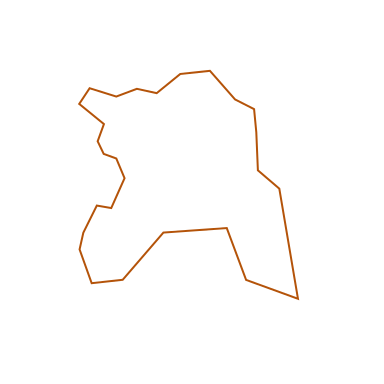 the border of Valenzuela, rotated 200°
{"feature_id": "PHL-5547", "entity_name": "Valenzuela", "entity_type": "Highly Urbanized City", "adm_level": 1, "iso_a3": "PHL", "parent_name": "Philippines", "parent_adm1": "", "projection": "natural_earth1", "projection_center": [120.998, 14.7], "detail": "fine", "context": "isolated", "style": "outline", "palette": "amber", "viewbox_px": 384, "rotation_deg": 200, "n_neighbors": 0, "source": "natural_earth", "source_scale": "10m", "svg_char_len": 498}
<svg xmlns="http://www.w3.org/2000/svg" viewBox="0 0 384 384"><g transform="rotate(200 192 192)"><path d="M147.0,170.0L205.0,144.1L227.1,85.8L255.1,72.0L278.0,99.6L280.2,116.6L276.8,146.7L262.4,149.3L260.1,181.9L274.6,197.6L288.0,197.6L298.0,207.4L298.0,225.7L328.1,236.2L323.7,254.5L295.8,255.8L279.1,270.1L259.0,272.8L243.4,298.9L216.6,312.0L183.2,293.7L162.0,291.1L152.0,270.1L137.5,234.9L111.1,225.0L55.9,127.9L111.1,127.9L147.0,170.0Z" fill="none" stroke="#b45309" stroke-width="2"/></g></svg>